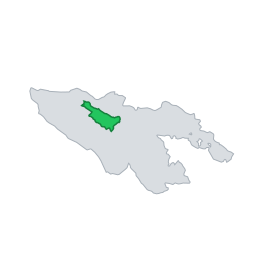 Naryn, Naryn, Kyrgyzstan shown in context, rotated 214°
{"feature_id": "92254566B90021194946204", "entity_name": "Naryn", "entity_type": "district", "adm_level": 2, "iso_a3": "KGZ", "parent_name": "Kyrgyzstan", "parent_adm1": "Naryn", "projection": "albers", "projection_center": [76.24, 41.45], "detail": "fine", "context": "in_parent", "style": "filled", "palette": "green", "viewbox_px": 256, "rotation_deg": 214, "n_neighbors": 0, "source": "geoboundaries", "source_scale": "gbopen_adm2", "svg_char_len": 4556}
<svg xmlns="http://www.w3.org/2000/svg" viewBox="0 0 256 256"><g transform="rotate(214 128 128)"><path d="M58.5,150.3L59.1,150.0L61.1,149.7L65.1,149.5L66.4,149.9L69.0,151.7L71.1,151.6L71.5,151.8L72.2,153.2L75.1,151.4L77.2,150.9L78.4,148.9L80.7,146.6L82.7,146.3L82.7,146.7L83.0,147.1L84.9,147.7L85.6,147.1L85.9,146.2L85.3,144.8L85.3,144.2L86.0,143.4L89.0,144.9L89.7,144.9L91.1,144.2L92.5,142.9L93.0,141.9L99.4,138.8L99.9,138.2L99.8,137.8L97.2,136.9L96.0,137.3L94.9,137.3L94.2,136.8L91.0,136.4L90.4,136.1L88.3,133.6L85.8,131.9L84.5,132.0L82.9,132.5L82.5,132.2L82.5,129.9L82.2,128.6L81.3,128.2L80.1,128.7L77.0,127.8L76.7,124.9L75.6,122.3L74.0,121.2L74.0,119.7L73.5,119.1L72.9,119.2L72.2,119.9L72.5,121.6L72.1,123.3L71.7,124.1L70.9,124.7L70.1,124.6L68.7,123.7L68.2,128.8L67.9,129.1L66.2,128.2L64.8,128.5L62.7,128.0L61.2,127.1L58.2,126.0L56.8,125.0L56.1,121.5L55.4,120.3L54.6,120.0L51.3,120.9L48.1,118.6L46.5,118.1L46.1,117.4L46.2,116.6L51.5,113.2L53.7,110.8L55.0,109.7L58.2,108.8L59.1,106.4L59.3,106.2L62.6,105.2L66.3,103.4L66.4,102.8L66.1,102.3L63.0,100.2L61.3,100.9L60.4,99.8L60.5,98.6L61.7,96.8L62.6,95.8L63.1,94.0L64.5,92.8L65.9,90.9L67.6,89.4L70.7,88.3L72.3,88.8L73.9,88.6L76.4,87.7L77.9,87.7L84.0,89.6L86.1,89.7L90.8,91.9L94.6,93.0L96.3,95.0L102.4,96.1L104.0,96.7L104.6,97.6L106.3,98.8L107.8,99.1L106.6,94.6L107.2,91.9L109.4,84.6L110.4,83.5L115.4,81.6L116.6,80.1L120.1,80.2L120.8,79.9L121.3,79.1L132.1,85.7L136.2,87.6L141.9,89.3L146.8,89.9L147.6,89.5L149.6,87.0L150.5,86.9L162.5,87.4L171.2,86.0L172.4,86.1L175.6,87.4L185.8,87.7L189.9,88.6L196.2,88.1L198.9,88.2L203.8,89.9L205.5,90.2L208.6,90.4L209.8,90.0L210.5,90.4L211.3,92.7L214.4,95.5L215.5,97.0L216.7,97.6L222.4,97.9L224.6,98.4L230.0,103.7L230.9,106.8L230.3,107.5L224.8,108.2L223.5,108.7L222.3,111.2L214.8,114.4L213.7,114.4L203.8,120.2L196.9,125.0L196.6,127.2L192.6,132.4L189.5,133.1L186.9,133.0L182.6,134.6L177.1,134.1L175.2,134.3L171.5,133.6L170.1,134.0L168.5,135.0L166.4,139.1L165.5,140.0L165.1,140.9L164.8,142.9L164.0,145.0L162.2,148.2L160.6,149.6L159.2,150.6L158.0,148.6L156.1,150.0L154.4,149.7L153.3,150.1L150.8,151.7L147.1,151.7L146.7,151.1L146.0,146.5L145.4,144.3L144.9,143.8L144.2,143.7L139.0,147.3L136.5,147.9L134.5,148.0L132.0,146.9L131.4,147.1L130.9,147.7L130.7,148.5L131.5,150.5L131.2,150.9L130.1,150.9L128.4,151.3L123.3,155.5L120.1,156.5L117.1,156.9L115.3,157.6L114.3,159.2L112.2,163.5L112.3,164.4L113.0,165.6L113.6,168.3L113.4,169.0L111.8,171.1L109.7,171.7L108.1,172.0L105.0,171.6L103.4,172.0L100.5,173.6L98.1,173.8L93.6,173.7L89.2,172.9L87.7,173.1L83.8,173.9L82.4,175.4L81.6,176.8L81.2,176.9L79.7,175.6L77.8,173.2L76.8,173.2L73.2,174.9L72.7,174.8L71.7,174.0L72.0,171.2L70.9,170.5L68.5,170.3L67.7,169.6L68.1,167.7L67.8,167.0L67.2,166.5L66.0,166.6L63.4,167.9L60.4,168.3L59.4,168.7L58.1,170.7L54.2,170.9L53.0,170.3L50.9,166.5L48.9,165.8L46.8,165.8L43.9,166.5L43.3,165.7L42.6,165.4L41.9,166.0L38.5,165.9L35.0,165.5L33.1,164.9L31.8,164.9L29.1,165.7L26.0,165.6L25.9,162.1L25.1,159.7L26.4,156.0L27.0,154.8L29.3,156.4L30.1,156.2L30.4,155.5L30.2,153.7L31.5,151.9L39.8,150.0L48.7,154.4L49.7,156.9L50.5,156.8L51.9,155.8L52.4,153.8L54.2,152.7L58.2,151.6L58.5,150.3ZM62.7,159.1L62.9,158.8L62.3,156.9L63.3,155.3L61.5,154.9L60.6,154.4L59.6,152.6L59.3,152.5L58.7,152.9L58.3,154.0L58.5,155.2L59.8,156.5L59.0,158.8L61.7,159.3L62.7,159.1ZM53.0,160.2L53.0,159.7L52.4,159.4L49.0,158.5L49.1,159.0L50.3,160.8L51.3,161.0L53.0,160.2ZM73.5,158.3L73.8,157.2L71.7,157.7L71.5,158.3L72.1,159.0L73.0,159.3L73.5,158.3Z" fill="#d9dde1" stroke="#a8b0b8" stroke-width="1"/><path d="M150.1,128.0L151.9,127.9L153.8,127.8L155.4,127.0L157.5,127.0L159.6,126.9L161.4,127.0L163.1,127.5L163.7,126.6L164.6,126.4L166.3,126.0L167.1,125.6L170.7,125.4L171.6,125.6L172.2,126.1L173.1,127.0L174.5,127.5L175.5,127.3L176.8,126.3L177.1,126.1L178.6,126.0L179.5,125.6L178.8,125.2L178.5,124.6L178.4,123.7L177.6,122.7L178.7,122.1L179.0,120.6L178.2,120.7L175.9,121.5L174.0,121.1L170.8,121.2L166.9,121.2L166.8,120.2L166.9,118.6L167.4,117.6L167.4,116.6L166.7,116.1L165.3,116.8L162.8,116.7L162.2,116.1L159.8,116.1L159.1,115.4L158.2,115.0L157.0,115.0L156.2,115.5L154.0,115.6L153.1,115.8L151.0,114.6L150.5,114.6L149.3,115.1L148.1,115.9L145.3,114.8L144.1,116.9L143.2,117.6L141.8,116.7L141.0,116.1L140.0,115.8L139.6,118.3L139.9,119.9L140.9,120.7L141.0,122.3L140.1,124.4L139.9,125.7L139.4,126.7L139.2,127.5L138.5,127.6L138.4,128.6L139.2,129.6L139.4,130.9L140.7,132.1L141.8,132.4L142.8,131.8L143.4,130.8L144.1,130.2L144.9,128.9L145.1,128.8L146.3,128.7L146.7,128.2L148.7,127.8L150.1,128.0Z" fill="#22c55e" stroke="#15803d" stroke-width="1.5"/></g></svg>